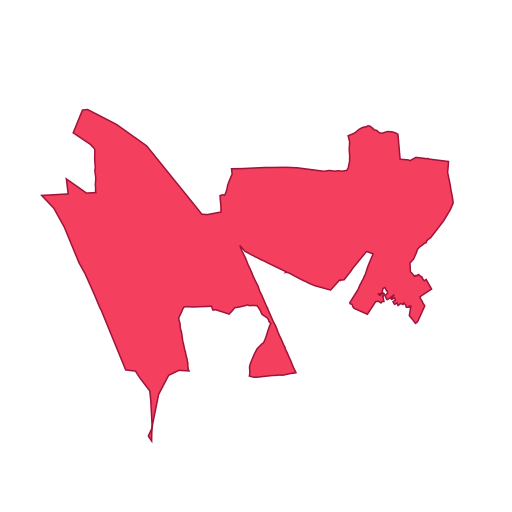 Ixhuatán, Chiapas, Mexico, rotated 172°
{"feature_id": "50627088B63590301456698", "entity_name": "Ixhuatán", "entity_type": "district", "adm_level": 2, "iso_a3": "MEX", "parent_name": "Mexico", "parent_adm1": "Chiapas", "projection": "robinson", "projection_center": [-92.999, 17.305], "detail": "fine", "context": "isolated", "style": "filled", "palette": "rose", "viewbox_px": 512, "rotation_deg": 172, "n_neighbors": 0, "source": "geoboundaries", "source_scale": "gbopen_adm2", "svg_char_len": 6047}
<svg xmlns="http://www.w3.org/2000/svg" viewBox="0 0 512 512"><g transform="rotate(172 256 256)"><path d="M52.2,322.8L70.1,327.6L71.2,328.0L72.0,328.5L72.6,328.7L74.1,328.7L76.2,329.4L78.5,330.0L83.9,331.4L90.2,329.0L91.9,330.0L96.3,331.0L97.7,331.2L99.1,331.8L99.8,332.0L98.5,356.7L98.6,356.8L99.5,357.6L99.9,357.8L100.6,358.3L101.0,358.8L101.8,358.9L103.1,359.7L104.2,360.1L105.8,360.4L108.5,361.0L110.0,360.7L111.7,360.5L113.3,360.1L114.8,360.3L116.2,360.6L116.9,361.1L118.5,363.1L119.7,363.9L121.0,364.3L121.8,365.0L122.3,365.7L122.4,366.1L123.0,366.6L123.8,367.4L124.7,368.5L126.3,369.2L127.6,369.2L128.9,368.5L130.1,368.7L132.9,368.4L136.2,367.1L139.5,365.1L141.0,364.2L142.2,363.8L148.1,362.2L147.9,361.2L147.7,359.2L147.4,356.1L148.9,348.4L149.3,342.4L150.2,336.7L152.5,330.2L154.3,328.1L158.7,328.0L162.8,329.0L165.9,329.0L168.7,329.7L171.3,330.5L173.4,330.5L176.7,330.4L182.9,332.1L202.8,337.6L208.1,338.6L214.2,339.7L228.4,341.5L234.8,342.4L248.8,343.7L257.5,344.5L268.1,345.8L268.1,345.1L268.1,343.4L268.3,343.0L268.1,341.2L268.1,340.7L269.0,339.2L269.6,338.2L271.9,334.4L273.9,330.7L274.5,329.2L275.3,326.8L275.5,326.2L276.4,324.3L276.9,323.3L278.6,320.6L279.9,321.1L281.8,321.2L283.3,320.7L283.3,319.1L283.5,317.6L283.6,315.9L283.7,312.8L283.8,311.4L283.8,310.9L283.9,309.5L284.2,307.0L284.3,306.8L284.5,304.4L291.9,304.1L294.1,304.0L296.3,303.9L298.3,303.8L303.8,304.9L312.9,320.2L327.1,343.8L348.9,380.2L375.7,405.6L402.4,424.5L407.5,424.7L419.9,403.4L419.6,403.2L404.0,389.1L403.7,388.4L401.6,385.6L400.8,383.8L401.9,376.7L402.3,374.6L402.9,365.2L403.4,364.1L403.7,363.7L403.8,356.3L404.0,354.5L405.2,348.9L405.4,345.2L405.9,343.0L405.7,341.1L415.1,341.9L433.1,358.8L433.1,357.6L433.1,355.1L433.2,352.6L433.3,346.0L433.4,343.6L459.8,345.8L449.5,331.3L441.8,311.2L432.2,273.9L427.5,261.6L421.5,240.6L417.7,226.1L416.8,223.8L400.9,161.3L391.4,158.8L388.0,151.5L380.0,137.2L380.3,127.7L382.4,103.8L383.3,99.5L387.7,92.7L385.1,87.3L383.7,96.1L382.8,99.8L382.9,99.7L381.6,104.4L371.5,133.0L371.3,133.0L359.1,150.0L348.2,153.5L338.3,151.5L338.9,153.3L338.7,157.8L338.6,158.0L338.5,158.7L338.4,159.4L338.6,160.9L338.6,163.4L339.2,168.6L339.2,171.2L339.5,171.8L339.8,175.4L340.0,178.4L340.0,178.8L340.4,181.8L340.3,188.7L340.5,191.9L340.9,194.4L341.0,196.3L340.6,199.3L341.1,202.6L341.2,205.4L337.6,210.8L334.9,215.2L333.0,215.6L328.2,214.8L324.8,214.2L307.0,212.4L306.5,209.5L306.1,208.4L303.5,208.4L298.1,205.8L297.6,205.6L290.7,202.2L287.3,204.9L284.4,207.7L280.0,207.8L278.4,207.9L273.6,208.3L271.5,208.8L269.3,207.7L267.4,207.6L267.0,207.6L262.3,206.8L261.3,205.7L259.6,202.1L258.2,197.4L253.4,193.0L252.6,191.4L252.3,189.6L252.1,188.9L250.7,187.2L251.3,186.3L252.3,185.0L257.8,173.7L259.0,171.5L260.8,168.9L262.2,168.3L267.8,164.0L269.7,161.4L270.3,160.5L271.8,158.3L276.5,150.4L277.6,147.8L277.9,146.8L278.2,142.8L278.4,141.4L278.9,139.1L279.3,138.0L274.8,136.2L273.7,136.1L272.9,135.9L271.6,135.8L270.4,135.8L256.9,135.4L252.8,135.0L248.6,134.8L247.9,134.5L246.0,134.3L245.8,134.2L241.0,134.6L237.9,134.8L236.8,134.8L235.7,134.7L234.2,134.7L232.6,134.9L234.3,140.0L235.1,142.9L236.1,147.2L237.8,152.8L238.5,155.7L239.9,159.7L240.0,161.7L240.7,163.3L241.0,164.4L241.1,164.7L241.3,165.4L241.4,165.6L241.6,166.5L241.8,167.3L242.1,168.3L242.2,168.7L242.3,169.0L242.6,170.1L242.7,170.6L243.8,173.7L244.6,176.8L245.0,178.1L245.4,180.5L246.0,182.7L246.1,183.3L247.5,187.4L248.1,188.7L248.2,189.4L251.9,202.5L251.7,202.7L252.5,204.4L252.6,204.7L254.6,212.1L256.1,217.6L257.1,220.1L257.2,220.6L258.1,225.6L259.6,230.0L260.3,232.1L261.3,235.3L261.4,235.6L261.9,237.4L262.4,239.6L262.4,239.9L263.0,241.8L263.4,243.3L264.1,245.5L265.0,248.3L266.5,254.7L266.5,254.9L269.4,263.6L269.9,265.9L270.6,268.7L267.5,264.1L266.4,262.3L265.2,261.4L260.4,257.9L259.5,257.2L259.2,257.1L256.7,255.2L254.9,254.1L253.9,253.3L250.6,251.0L249.6,250.5L247.3,249.0L246.2,248.1L245.4,247.6L241.7,245.1L238.3,242.8L236.0,241.3L235.9,241.2L234.9,240.5L233.0,239.3L231.6,238.4L230.9,237.8L230.2,237.5L230.1,237.4L229.1,236.7L228.2,236.0L228.8,235.6L228.3,235.6L226.8,235.1L226.4,235.0L224.2,233.5L223.5,233.0L219.5,230.0L215.3,227.0L212.9,225.4L212.0,224.7L211.9,224.6L210.9,224.3L210.5,224.0L210.3,223.8L207.5,221.7L201.7,218.3L190.3,213.4L189.7,213.2L186.9,211.9L176.5,220.6L175.9,220.0L175.2,220.3L172.9,220.2L172.0,220.2L167.0,225.1L164.2,227.8L163.3,228.8L162.6,229.6L160.6,231.6L145.9,245.1L139.7,241.8L141.4,239.0L142.7,236.9L143.5,235.5L144.7,233.5L146.2,231.0L146.4,230.5L147.3,228.9L150.5,222.2L151.2,221.4L151.6,220.9L152.1,220.0L152.8,218.7L153.7,217.5L155.0,215.8L155.7,214.7L157.0,212.9L157.3,212.6L159.5,208.8L169.7,196.6L169.4,195.6L167.6,194.7L167.1,192.1L166.2,190.5L153.8,182.8L143.8,194.2L140.8,194.0L138.8,192.1L137.9,193.2L135.6,193.2L136.0,197.5L135.5,198.6L135.8,198.7L134.8,199.6L134.3,200.8L134.8,201.6L135.5,201.5L138.5,199.8L139.4,200.3L140.2,201.2L140.0,201.5L136.6,201.3L134.7,206.2L132.6,206.8L131.7,203.4L130.9,203.0L130.8,201.7L130.8,201.0L130.8,200.9L132.8,199.5L133.9,199.1L132.7,195.0L132.2,194.5L130.8,195.1L129.5,195.6L124.4,198.5L128.1,194.6L127.5,194.1L124.6,195.3L124.1,192.9L126.7,191.7L126.0,189.6L125.3,188.7L123.0,190.0L122.2,187.2L119.3,188.8L117.1,187.5L116.2,189.0L114.4,186.3L114.4,184.4L113.9,184.1L113.5,184.2L111.6,183.9L111.2,185.2L109.6,184.8L112.5,175.6L109.3,170.4L107.5,167.1L106.3,167.6L104.7,169.1L95.8,183.1L95.9,183.4L97.2,186.0L97.8,188.2L98.1,188.8L98.4,189.4L98.9,190.8L99.5,192.6L97.9,193.5L90.4,197.1L86.7,198.8L90.8,209.1L92.9,208.0L94.2,210.5L94.3,211.2L94.8,212.5L95.0,212.6L95.9,212.8L96.6,214.0L97.4,214.5L97.5,215.0L97.8,214.9L98.7,214.7L99.3,213.9L100.3,214.6L101.7,213.8L102.3,214.0L102.4,214.8L105.3,219.1L104.5,227.6L100.4,231.0L96.3,237.6L95.6,239.4L95.1,240.1L92.8,242.1L89.9,243.6L87.6,245.0L85.5,245.6L85.2,246.8L83.2,248.4L80.3,250.0L75.0,255.2L71.3,258.8L66.0,264.0L65.5,264.5L64.8,265.3L56.9,275.1L56.4,276.0L53.4,281.0L53.3,283.7L53.3,285.2L53.5,290.5L53.7,292.4L53.8,299.6L54.6,312.0L53.1,318.6L52.4,321.8L52.2,322.8Z" fill="#f43f5e" stroke="#9f1239" stroke-width="1.5"/></g></svg>